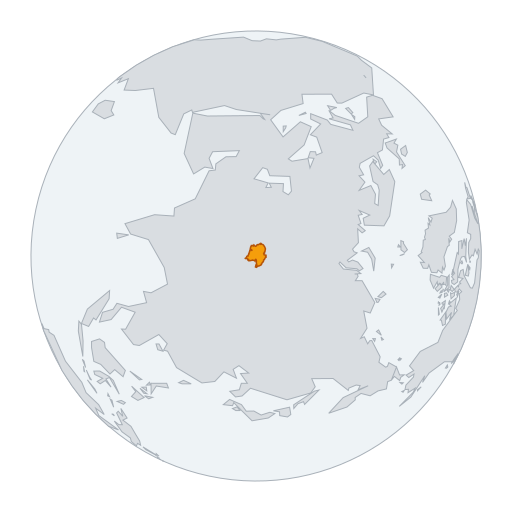 Almaty highlighted on a globe, orthographic projection, rotated 102°
{"feature_id": "KAZ-3207", "entity_name": "Almaty", "entity_type": "Region", "adm_level": 1, "iso_a3": "KAZ", "parent_name": "Kazakhstan", "parent_adm1": "", "projection": "orthographic", "projection_center": [78.658, 44.747], "detail": "fine", "context": "on_globe", "style": "filled", "palette": "amber", "viewbox_px": 512, "rotation_deg": 102, "n_neighbors": 0, "source": "natural_earth", "source_scale": "10m", "svg_char_len": 14245}
<svg xmlns="http://www.w3.org/2000/svg" viewBox="0 0 512 512"><g transform="rotate(102 256 256)"><circle cx="256" cy="256" r="225" fill="#eef3f6" stroke="#a8b0b8"/><path d="M320.9,40.3L315.5,39.7L311.6,38.2L310.2,38.4L315.0,40.6L318.6,42.0L320.3,49.7L334.5,62.4L345.0,66.8L338.0,66.0L361.8,75.2L373.3,84.6L356.6,73.9L352.1,72.8L358.1,78.9L354.7,79.2L355.7,82.5L351.1,82.5L341.7,76.8L338.6,76.9L343.1,81.3L341.3,84.4L335.3,77.9L331.6,83.0L315.2,75.5L302.7,60.1L289.9,57.9L267.4,47.8L265.7,49.7L256.2,47.7L250.7,49.3L248.1,47.4L246.0,50.3L249.5,51.8L249.7,53.6L246.9,54.8L243.0,52.5L243.9,51.6L241.2,51.6L240.5,50.0L239.2,51.5L234.9,48.9L234.9,53.3L227.8,52.8L226.1,50.6L231.9,48.4L242.5,39.7L242.5,37.7L236.8,36.6L213.9,39.0L211.7,38.2L204.4,38.8L203.1,40.0L208.2,40.1L203.9,43.1L210.7,43.4L210.0,44.9L214.7,46.6L207.9,49.1L198.6,50.7L194.3,49.6L190.2,50.5L189.3,54.1L176.5,55.0L159.8,61.4L157.1,61.6L160.9,56.8L173.5,49.9L178.4,45.6L168.9,51.3L162.5,52.7L158.8,54.4L155.6,56.3L155.6,57.1L152.1,58.5L160.1,52.7L163.4,51.4L160.8,53.1L166.7,50.1L172.0,47.1L168.3,48.5L171.2,47.3L187.1,41.5L203.5,36.9L220.1,33.6L237.0,31.5L253.9,30.7L270.9,31.2L287.8,33.0L304.5,36.0L320.9,40.3ZM320.7,42.7L315.5,40.7L312.3,38.9L317.1,40.4L320.7,42.7ZM326.2,47.4L322.8,46.2L324.7,45.3L326.1,46.2L326.2,47.4ZM353.2,70.2L349.6,67.2L354.2,70.0L353.2,70.2ZM356.6,83.0L358.7,83.8L358.3,85.2L356.6,83.0ZM218.2,45.2L216.5,45.9L216.5,45.2L218.2,45.2ZM221.8,45.5L223.0,44.2L224.9,44.1L224.1,44.9L221.8,45.5ZM351.0,86.7L349.8,88.9L349.4,85.6L351.0,86.7ZM219.9,47.1L228.2,44.2L231.5,44.2L231.3,47.3L219.9,47.1ZM348.0,89.6L345.0,95.6L349.4,97.8L335.3,95.5L342.5,90.8L341.4,86.3L344.6,89.2L348.0,89.6ZM251.8,51.7L248.0,50.2L253.9,50.5L251.8,51.7ZM255.5,51.4L273.1,50.3L277.3,53.4L270.5,53.0L278.1,56.5L271.5,58.5L265.8,57.1L264.5,54.6L263.0,57.3L255.5,51.4ZM328.0,93.4L325.8,94.2L326.3,92.4L328.0,93.4ZM250.3,54.4L253.5,53.7L257.3,56.3L251.6,58.1L252.2,56.7L250.3,54.4ZM283.3,56.6L285.2,59.1L280.3,61.3L280.4,62.6L271.7,58.9L283.3,56.6ZM249.9,56.7L248.7,59.0L244.2,59.0L247.4,55.2L249.9,56.7ZM260.7,56.3L262.3,57.7L259.5,57.5L260.7,56.3ZM227.8,60.7L231.5,59.5L233.8,60.7L227.8,60.7ZM248.5,59.9L250.0,60.0L251.4,60.4L249.7,61.9L248.5,59.9ZM268.9,60.9L266.5,61.4L272.2,62.5L268.8,64.5L263.6,61.7L264.4,63.7L263.4,64.4L260.3,61.5L268.9,60.9ZM252.0,64.9L244.2,62.5L236.8,64.2L234.5,63.1L246.9,60.6L252.0,64.9ZM257.1,63.1L253.4,63.9L252.5,62.0L254.4,60.2L257.1,63.1ZM268.4,66.9L274.9,64.6L275.8,65.3L268.4,66.9ZM250.0,65.7L251.9,66.3L249.6,66.1L250.0,65.7ZM262.9,66.9L265.1,65.9L266.1,66.7L262.9,66.9ZM253.9,68.4L251.4,67.6L252.7,66.3L253.9,68.4ZM258.2,68.0L259.0,69.4L254.6,66.3L259.0,67.4L258.2,68.0ZM263.5,67.8L264.8,68.0L262.4,68.1L263.5,67.8ZM250.7,74.0L244.8,70.5L247.6,67.5L252.9,71.3L250.7,74.0ZM68.6,381.0L57.3,361.2L56.3,354.9L53.4,345.1L44.5,313.7L46.2,304.5L44.8,296.3L41.4,291.0L40.4,281.1L38.7,276.8L31.8,253.1L32.3,235.9L39.4,198.5L42.6,193.6L48.0,181.9L74.0,174.6L74.2,184.5L88.6,203.8L89.5,208.3L82.0,215.7L88.2,244.7L97.1,241.6L108.4,261.9L119.7,270.0L133.9,254.3L115.5,240.5L118.0,228.9L137.4,232.0L154.3,244.6L155.8,240.5L149.9,225.4L158.7,221.5L148.4,219.6L149.0,225.4L142.6,224.6L141.7,219.4L144.8,218.0L141.1,212.8L127.1,221.3L126.1,228.0L113.4,220.2L110.6,231.0L105.4,232.1L108.2,214.5L111.7,210.3L112.9,187.3L108.1,190.9L106.6,213.1L104.9,209.3L98.4,215.1L102.0,207.7L104.9,183.3L96.6,175.6L77.6,180.8L74.6,175.4L75.9,165.4L91.4,150.8L96.4,164.5L102.0,160.3L108.3,148.1L109.3,153.6L112.5,150.6L115.1,155.5L126.0,154.4L129.7,158.7L141.0,150.9L144.4,152.3L136.8,156.4L133.5,161.9L143.7,173.4L147.7,173.4L154.2,167.6L156.1,171.9L161.1,164.8L170.4,168.8L163.2,158.3L170.7,152.0L180.0,150.8L181.2,147.0L165.9,149.2L161.0,151.8L158.8,157.0L144.3,163.6L139.3,161.4L149.7,148.0L143.7,143.6L154.4,135.7L189.0,133.6L199.9,137.1L203.3,156.4L196.8,159.0L192.3,153.2L190.0,164.6L193.3,160.8L194.9,164.5L202.4,160.1L204.0,162.6L208.5,154.4L211.3,157.0L208.3,162.2L221.7,158.6L229.2,163.0L231.5,161.0L231.9,157.7L241.2,165.8L242.5,164.1L239.9,160.7L240.8,155.1L246.0,148.7L249.0,151.8L247.5,154.6L248.8,165.4L244.4,172.6L246.1,173.3L250.6,167.8L249.1,154.5L251.4,149.8L253.1,155.8L252.6,153.2L254.7,151.9L259.5,153.7L258.1,147.1L276.8,130.1L288.0,132.4L287.4,139.2L303.6,132.4L314.9,136.6L312.5,133.3L318.7,128.5L315.2,127.1L314.6,125.2L328.8,113.6L334.4,113.7L337.8,106.0L336.6,104.5L332.7,103.9L335.3,95.5L349.4,97.8L351.5,101.1L358.9,100.8L362.6,108.6L369.0,115.3L368.6,124.7L373.8,129.6L376.1,129.0L384.8,135.6L394.7,152.2L376.4,141.3L359.6,119.3L365.6,128.3L361.1,127.2L361.4,131.2L365.9,137.7L368.3,137.8L359.8,155.1L364.4,176.0L371.6,170.9L378.6,174.0L390.2,195.8L386.5,233.9L395.8,240.5L398.1,246.7L393.8,253.5L390.3,244.5L383.6,243.9L382.3,238.0L374.2,246.7L372.0,238.8L366.8,249.9L371.6,254.8L379.6,249.7L376.0,263.3L387.3,270.2L391.4,282.5L381.7,310.5L367.5,322.7L367.3,326.8L360.2,324.6L353.0,334.7L367.8,351.5L368.1,357.4L355.4,372.4L354.7,368.3L336.1,362.5L334.1,376.9L348.3,384.5L353.2,395.4L343.0,394.4L337.8,384.7L331.2,382.2L331.9,370.2L324.4,353.3L314.0,358.7L313.8,351.0L301.9,336.7L286.3,343.4L262.3,364.6L260.6,383.2L251.6,390.9L236.7,363.8L234.0,344.6L226.0,345.7L212.7,327.3L182.4,319.6L180.4,313.7L174.2,314.4L165.2,306.0L162.9,296.1L156.4,294.2L163.0,320.1L170.2,322.2L179.4,316.3L179.7,324.6L188.7,334.1L170.6,347.6L129.4,347.5L129.2,332.7L117.8,281.4L120.3,277.5L120.4,276.9L120.6,275.9L115.5,281.5L114.9,271.5L116.8,305.7L115.4,318.1L128.7,348.0L126.5,349.2L132.0,356.2L154.1,360.2L153.4,364.6L140.6,379.9L113.3,391.1L119.2,408.4L121.1,419.5L109.1,417.7L115.3,426.9L109.8,424.5L112.8,428.5L111.4,428.5L109.0,426.7L94.2,412.8L80.7,397.5L68.6,381.0ZM58.9,185.3L56.7,188.3L58.9,185.3ZM168.2,267.8L180.9,274.0L182.0,259.3L187.0,260.6L185.6,255.3L182.0,258.2L179.5,244.2L187.4,243.0L189.4,237.1L185.2,234.8L171.1,239.4L174.6,259.2L168.8,262.9L168.2,267.8ZM162.1,53.0L161.3,53.5L157.6,55.5L158.6,54.7L162.1,53.0ZM145.9,65.2L140.6,67.2L145.0,65.0L145.4,63.8L155.1,58.2L156.3,61.5L154.0,60.8L145.9,65.2ZM168.4,52.2L162.1,55.0L169.0,51.8L168.4,52.2ZM127.5,130.7L126.0,134.8L121.5,136.8L116.8,132.6L123.3,129.5L127.5,130.7ZM125.0,140.2L136.6,128.8L140.0,131.4L136.1,131.7L137.2,134.6L131.2,136.1L123.1,150.3L118.6,153.1L112.4,143.0L116.9,144.5L118.1,140.3L125.0,140.2ZM160.3,99.3L165.4,95.6L166.1,105.8L161.3,108.2L156.3,103.8L159.1,98.5L160.3,99.3ZM217.9,53.6L219.8,52.4L220.9,52.9L220.2,54.4L217.9,53.6ZM229.3,60.1L210.8,59.9L212.0,58.4L199.7,60.8L198.1,57.8L206.2,56.2L195.7,56.0L202.4,53.4L194.9,53.8L213.0,50.7L218.5,48.7L213.0,52.0L214.2,54.7L216.5,55.3L226.9,55.7L239.4,53.4L242.7,56.2L241.7,58.8L239.2,59.7L237.9,57.5L235.5,60.4L231.6,58.1L229.3,60.1ZM227.9,94.0L227.4,89.9L221.9,97.5L218.0,94.3L217.6,95.3L212.5,94.6L205.7,95.7L204.7,93.8L202.5,95.1L199.0,94.8L195.6,96.0L192.8,93.1L188.3,94.5L189.5,92.4L182.6,95.5L186.5,91.9L182.4,91.5L180.8,95.2L173.7,79.1L167.8,75.8L160.8,75.4L168.3,69.9L179.7,67.1L191.7,66.9L196.4,71.1L198.9,68.1L201.9,69.3L198.6,71.2L205.4,69.2L207.0,70.7L217.8,72.0L226.6,68.6L230.7,69.2L228.1,71.3L234.1,70.5L231.8,75.0L234.8,75.6L235.5,81.0L228.7,85.1L232.4,85.5L233.2,89.9L227.9,94.0ZM250.6,75.6L243.3,80.7L237.6,81.6L238.7,72.0L236.4,70.8L236.9,65.2L245.2,64.1L244.3,65.8L245.3,67.2L242.3,66.9L245.5,68.2L244.3,70.6L246.5,72.3L243.5,73.4L250.6,75.6ZM94.0,207.8L95.3,210.4L98.1,213.3L94.1,217.2L94.0,207.8ZM95.6,191.1L97.3,192.5L93.0,199.0L91.6,196.5L95.6,191.1ZM101.9,187.9L97.7,192.0L99.2,188.3L101.9,187.9ZM138.7,157.5L141.0,158.7L139.8,160.4L136.9,161.6L138.7,157.5ZM210.8,117.5L211.4,114.6L213.0,114.4L218.4,109.2L221.7,111.4L219.8,115.5L210.8,117.5ZM128.7,255.2L123.3,256.4L122.5,253.5L124.5,253.6L128.7,255.2ZM106.2,236.6L109.6,243.3L105.1,237.6L106.2,236.6ZM215.3,119.0L217.2,116.5L217.7,119.2L215.3,119.0ZM224.4,112.8L225.7,115.5L222.8,111.1L224.4,112.8ZM153.3,432.9L149.1,446.0L140.0,441.9L135.0,435.9L134.4,426.6L143.9,427.9L147.6,424.4L153.3,432.9ZM399.7,401.8L404.8,399.6L404.5,400.3L399.7,401.8ZM394.5,402.4L400.5,399.5L393.2,404.4L394.5,402.4ZM402.8,398.3L409.0,393.6L411.6,391.0L411.0,392.7L402.8,398.3ZM390.3,404.5L366.3,414.2L356.5,415.7L359.1,412.5L375.0,407.5L390.3,404.5ZM358.3,412.7L343.0,409.9L320.2,392.0L328.4,390.8L351.8,399.2L350.4,402.0L359.7,405.1L358.3,412.7ZM394.3,385.3L392.8,392.7L379.8,397.8L373.8,399.1L369.6,391.8L372.0,386.2L377.0,384.5L395.1,360.0L401.7,360.9L396.5,370.6L401.8,374.3L394.3,385.3ZM261.8,384.9L267.6,395.3L262.6,397.0L261.8,384.9ZM401.4,344.3L394.8,355.5L400.5,342.1L401.4,344.3ZM404.1,332.5L405.1,336.3L401.6,334.0L404.1,332.5ZM368.1,332.6L362.8,335.5L362.2,332.6L368.5,327.2L368.1,332.6ZM394.5,292.8L396.4,301.8L396.0,305.3L392.7,301.0L394.5,292.8ZM246.3,137.7L235.0,142.2L229.1,147.6L229.2,153.8L224.2,147.4L233.3,139.0L246.3,137.7ZM272.7,130.6L272.6,125.7L275.8,126.8L276.3,128.1L272.7,130.6ZM270.4,128.3L264.2,124.2L266.2,120.9L270.7,124.7L270.4,128.3ZM239.4,120.9L235.8,122.0L235.5,119.7L239.4,120.9ZM408.4,421.9L373.0,448.3L366.5,451.5L371.1,448.2L371.1,443.5L373.5,442.5L375.6,437.1L398.5,420.5L415.8,400.1L425.0,393.8L434.1,379.0L442.6,371.5L438.2,381.2L444.7,376.6L454.7,354.3L453.2,364.8L453.6,364.2L444.1,379.9L433.4,394.9L421.4,408.9L408.4,421.9ZM412.2,395.2L419.7,385.9L423.4,383.0L412.2,395.2ZM475.8,304.5L476.2,303.6L475.7,305.2L475.8,304.5ZM475.2,306.8L474.7,308.0L474.8,307.5L475.2,306.8ZM463.9,332.9L466.6,333.5L463.4,339.4L460.1,341.0L455.8,350.6L446.9,360.3L449.5,355.0L448.8,351.7L438.5,359.7L436.5,358.5L440.5,353.0L433.2,356.5L441.3,348.4L444.2,352.1L448.6,342.9L455.3,336.8L461.2,331.3L465.1,329.5L463.9,332.9ZM440.5,362.5L441.8,361.3L440.4,364.3L440.5,362.5ZM473.6,308.9L474.4,308.7L474.1,309.8L473.6,311.0L473.6,308.9ZM466.2,326.9L470.7,314.2L471.6,312.5L468.4,323.4L466.2,326.9ZM470.0,312.6L471.7,309.8L472.4,310.9L472.0,312.4L470.0,312.6ZM424.1,370.0L423.6,372.0L421.4,372.2L424.1,370.0ZM427.0,366.9L433.5,363.8L426.3,368.8L427.0,366.9ZM405.3,374.1L407.5,377.2L414.4,370.5L409.1,377.5L413.4,381.8L411.7,385.3L407.5,380.5L405.4,389.1L402.3,390.7L401.0,385.0L404.3,375.0L407.4,369.7L419.6,361.0L405.3,374.1ZM427.1,361.6L425.3,357.7L426.6,353.3L428.6,354.7L427.1,361.6ZM419.3,348.6L413.7,345.4L409.2,350.6L417.7,336.0L421.8,341.5L419.3,348.6ZM413.6,337.2L409.5,342.0L413.4,334.0L413.6,337.2ZM408.1,340.4L407.0,336.1L410.6,334.8L408.1,340.4ZM415.9,336.0L415.7,327.7L418.0,331.3L415.9,336.0ZM403.9,326.5L412.6,329.9L402.3,332.2L399.1,316.9L403.3,314.2L403.9,326.5ZM410.1,247.3L407.5,243.1L410.5,239.6L411.4,243.5L410.1,247.3ZM418.0,225.6L410.5,237.4L404.0,247.3L407.3,247.8L408.2,257.1L401.8,252.0L404.4,239.3L409.8,233.3L408.1,225.8L410.5,217.9L406.0,210.0L406.2,204.8L411.9,210.3L418.0,225.6ZM403.8,206.8L396.9,191.7L403.8,189.0L406.9,191.7L407.2,199.6L403.5,200.6L403.8,206.8ZM397.3,187.3L393.7,188.2L376.0,170.7L374.0,166.5L391.1,177.6L388.6,179.2L391.7,184.2L397.3,187.3ZM327.9,95.6L326.0,94.4L328.5,94.6L327.9,95.6ZM312.5,124.6L312.0,122.0L314.9,122.2L312.5,124.6ZM312.2,115.4L309.2,116.9L311.2,114.0L312.2,115.4ZM302.8,120.7L307.5,116.9L304.8,122.5L302.8,120.7Z" fill="#d9dde1" stroke="#a8b0b8" stroke-width="1"/><path d="M266.0,252.6L266.1,252.8L266.6,252.9L266.9,253.0L267.0,253.1L267.0,253.4L266.9,253.8L266.9,254.0L266.8,254.3L266.6,254.3L266.4,254.2L266.2,254.0L266.1,253.9L265.9,253.9L265.3,254.2L265.1,254.3L265.0,254.2L264.9,254.1L264.7,254.1L264.7,253.9L264.6,253.6L264.4,253.5L264.2,253.5L262.9,254.1L262.7,254.2L262.6,254.3L262.4,254.3L262.1,254.4L261.8,254.4L261.7,254.4L261.2,254.5L260.9,254.6L260.8,254.8L260.7,254.8L260.3,254.9L260.1,254.8L259.9,254.9L259.8,255.0L259.5,255.2L259.4,255.3L259.3,255.5L259.7,255.8L259.9,255.8L260.4,255.7L260.5,255.7L260.6,255.8L261.1,256.0L260.9,256.2L260.7,256.3L260.8,256.4L260.8,256.5L260.7,256.9L260.7,257.1L260.8,257.8L260.8,258.0L260.8,258.3L260.7,258.4L260.8,258.5L261.0,258.8L261.0,259.0L261.5,260.1L261.9,261.0L261.7,261.5L261.8,261.6L262.0,261.7L262.0,261.8L262.0,262.0L262.1,262.3L261.9,262.4L261.7,262.3L261.3,262.5L261.0,262.6L260.9,262.7L260.9,262.8L261.0,263.0L261.4,263.1L261.5,263.2L261.4,263.3L261.2,263.3L261.0,263.5L260.8,263.5L260.7,263.5L260.5,263.9L260.4,264.0L260.3,264.3L260.4,264.6L260.5,264.8L260.5,265.0L260.5,265.4L260.6,265.5L260.7,265.8L260.5,266.0L260.4,265.9L260.2,265.7L259.9,265.4L259.8,265.2L259.7,265.1L259.0,265.0L258.9,265.0L258.7,265.0L258.4,265.0L258.2,264.9L258.0,264.5L257.9,264.4L257.7,264.3L257.6,264.2L257.5,263.9L257.5,263.7L257.4,263.7L257.1,263.8L256.9,263.8L256.7,263.8L256.4,263.7L256.1,263.6L255.9,263.5L255.5,263.4L255.3,263.3L255.2,263.3L255.0,263.5L254.9,263.4L254.6,263.4L254.2,263.4L253.9,263.3L253.7,263.3L253.3,263.2L253.1,263.2L252.9,263.3L252.7,263.2L252.4,263.1L252.2,263.2L251.9,263.2L251.7,263.2L251.5,262.9L251.2,262.9L250.9,262.9L250.7,263.0L250.4,263.1L250.2,263.1L249.8,263.1L249.7,263.1L249.4,263.1L249.1,263.1L248.8,263.1L248.6,263.0L248.3,263.1L248.1,263.0L247.9,263.0L247.7,262.9L247.2,262.8L247.4,262.6L247.1,262.4L246.8,262.3L246.6,262.1L246.5,261.9L246.4,261.8L246.4,261.7L246.6,261.1L246.8,260.8L246.6,260.7L246.3,260.7L246.2,260.6L245.9,260.5L245.6,260.4L246.4,259.2L246.6,258.9L246.6,258.4L246.4,258.1L246.1,257.9L245.7,257.6L245.0,257.4L244.6,257.0L244.5,256.6L244.5,256.1L243.5,255.0L243.4,254.8L243.3,254.4L243.1,254.3L242.8,254.3L242.6,253.9L242.7,253.6L243.4,253.6L243.3,253.4L243.3,253.2L243.3,252.5L243.4,251.6L243.8,250.9L245.4,249.3L247.2,248.2L247.8,248.3L248.6,248.2L249.3,248.3L249.7,248.4L249.9,248.4L249.9,248.5L249.9,248.4L250.1,248.5L250.3,248.4L250.5,248.4L250.8,248.3L250.8,248.5L251.1,248.7L251.3,248.8L251.3,248.7L251.2,248.6L251.1,248.3L251.3,248.5L251.6,248.5L251.8,248.6L251.9,248.8L252.1,248.8L252.2,248.7L252.3,248.6L252.6,248.6L252.8,248.5L253.1,248.4L253.2,247.8L253.1,246.4L253.3,246.3L253.8,246.4L254.1,246.2L254.4,246.1L254.5,246.3L255.0,245.9L255.7,246.4L256.0,246.6L256.4,246.9L256.8,246.9L257.0,246.9L257.7,247.0L258.2,247.7L259.7,247.6L260.3,247.8L260.3,248.0L260.6,248.1L261.7,248.7L262.5,248.8L262.8,248.8L263.0,248.9L263.0,249.0L263.3,249.0L263.5,249.2L264.0,249.4L264.1,249.7L264.9,250.6L265.1,251.3L265.4,251.6L265.6,252.1L265.5,252.5L266.0,252.6L266.0,252.6ZM251.1,262.1L251.3,261.9L251.3,261.7L251.4,261.3L251.3,261.2L251.1,261.3L250.9,261.5L250.7,261.7L250.7,261.9L250.8,262.0L251.0,262.0L251.1,262.1Z" fill="#f59e0b" stroke="#b45309" stroke-width="1.5"/></g></svg>